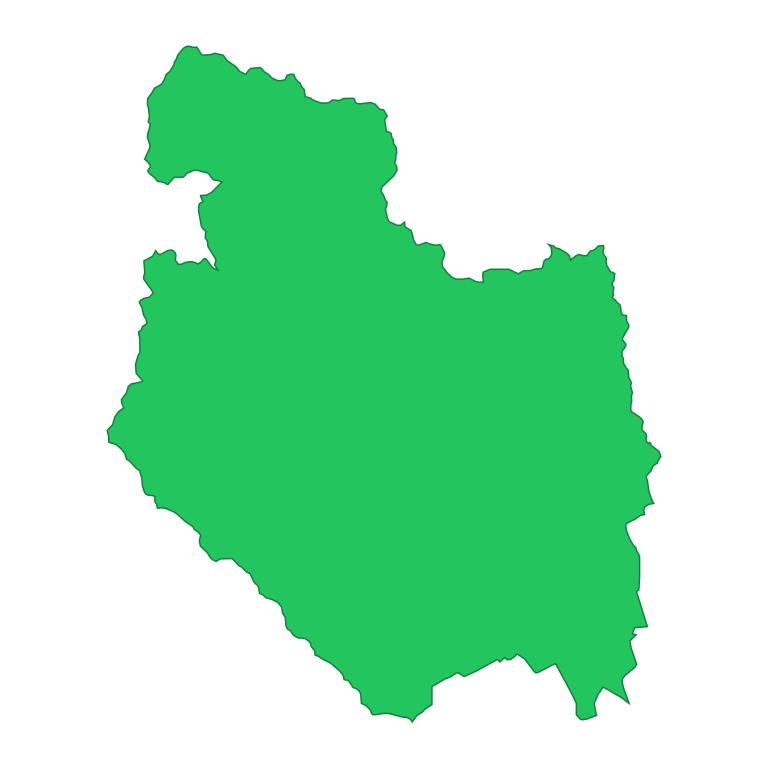 Luc Yen, Yên Bái, Vietnam (orthographic projection)
{"feature_id": "81297802B97878568873252", "entity_name": "Luc Yen", "entity_type": "district", "adm_level": 2, "iso_a3": "VNM", "parent_name": "Vietnam", "parent_adm1": "Yên Bái", "projection": "orthographic", "projection_center": [104.703, 22.111], "detail": "fine", "context": "isolated", "style": "filled", "palette": "green", "viewbox_px": 768, "rotation_deg": 0, "n_neighbors": 0, "source": "geoboundaries", "source_scale": "gbopen_adm2", "svg_char_len": 6080}
<svg xmlns="http://www.w3.org/2000/svg" viewBox="0 0 768 768"><path d="M387.1,202.4L384.8,199.0L384.0,196.3L381.0,191.0L381.3,188.7L382.3,186.7L393.7,175.9L397.0,170.3L396.5,166.0L394.6,163.1L395.7,159.6L396.0,154.5L396.8,152.6L396.1,147.1L393.8,144.1L393.0,139.0L391.9,137.7L391.0,133.2L388.9,132.1L386.5,131.6L384.7,120.4L385.1,118.6L387.2,116.2L384.1,110.5L382.6,109.6L379.7,109.4L375.3,104.3L371.8,102.9L369.9,102.5L360.0,103.9L356.9,103.3L355.9,102.9L354.8,101.1L354.5,99.0L353.1,98.3L343.5,98.5L339.5,100.5L332.4,100.0L329.0,102.6L326.0,103.1L320.7,102.9L313.1,100.1L310.0,97.9L305.2,96.7L304.2,89.6L301.7,86.7L300.0,83.1L297.2,80.8L295.4,78.4L293.7,74.3L290.2,74.3L287.0,75.3L285.3,79.8L280.2,80.7L277.0,80.4L271.8,77.9L268.4,74.3L264.6,72.0L261.6,68.5L259.8,67.6L251.0,68.3L248.6,70.2L245.9,74.3L245.2,74.2L239.5,71.3L236.7,67.4L226.8,60.3L223.5,55.5L222.4,55.0L214.4,53.3L210.3,54.7L202.6,55.1L201.3,54.3L196.8,47.1L192.9,47.3L188.4,46.1L185.0,47.2L183.5,48.2L177.8,55.1L176.2,59.3L174.4,62.1L174.1,64.2L172.8,66.7L169.9,71.3L166.1,74.6L164.6,79.1L161.9,83.6L160.4,85.0L154.5,88.2L152.0,92.7L147.7,98.5L147.4,104.2L148.6,108.7L149.4,116.9L148.2,121.8L150.0,124.0L150.2,125.3L147.6,134.5L147.4,137.3L149.8,144.7L149.9,147.7L144.6,159.2L147.4,161.5L150.3,165.2L150.0,167.4L147.8,170.7L149.2,173.4L154.4,177.4L157.7,181.5L160.9,181.7L165.3,183.1L167.0,184.4L168.0,184.4L174.1,177.4L182.3,177.3L184.0,176.5L187.1,173.2L194.4,170.1L196.6,170.1L208.3,173.3L212.8,179.4L214.1,180.1L218.1,180.5L221.9,182.0L211.5,192.5L206.5,195.1L200.6,195.5L200.7,196.7L203.0,201.4L199.5,203.6L198.7,206.7L198.5,210.5L201.2,225.4L202.0,227.6L205.8,231.3L205.2,237.8L207.5,241.3L208.0,246.6L215.7,259.2L215.9,260.9L214.5,264.9L217.9,270.1L214.4,268.7L212.1,267.1L206.4,259.3L204.8,258.5L202.9,259.7L200.8,262.3L198.0,263.9L193.5,262.0L190.6,261.6L185.4,262.4L181.3,264.3L178.2,264.3L175.4,260.2L175.9,255.0L175.2,252.8L172.7,250.4L171.2,250.0L167.4,250.7L160.1,254.7L157.6,253.4L155.7,250.6L152.7,256.2L143.9,260.9L144.8,273.1L143.7,276.6L143.9,279.4L153.4,292.7L149.5,297.1L143.6,298.5L140.7,300.3L139.2,302.1L142.0,307.6L143.6,315.2L146.1,319.2L146.8,322.7L146.3,324.0L142.7,326.3L141.2,330.1L138.7,331.7L138.9,335.1L139.8,337.9L139.9,352.4L138.1,355.5L135.5,364.4L136.2,373.3L142.7,380.9L141.9,381.8L131.3,383.9L128.3,386.6L126.6,392.5L121.4,399.6L121.8,403.2L123.7,408.1L118.7,411.5L115.8,415.5L114.7,417.5L112.7,424.5L107.2,430.4L108.7,436.7L108.7,442.1L116.3,444.7L121.1,448.8L124.9,453.5L126.5,459.1L129.9,461.3L135.8,467.9L140.0,471.0L140.7,475.1L141.8,477.2L142.4,485.8L144.4,491.9L145.6,494.0L147.4,495.0L152.9,495.7L154.8,496.5L154.9,501.7L156.5,504.2L157.5,508.2L161.3,507.8L165.1,508.2L173.9,511.9L178.1,514.9L185.3,521.5L193.0,526.8L194.2,529.3L198.8,532.7L200.7,535.3L199.3,540.5L200.4,546.1L207.2,552.5L210.4,557.8L212.5,559.7L216.2,561.4L219.3,559.4L221.4,558.8L232.3,558.6L238.8,565.6L241.6,567.1L246.4,572.0L250.0,573.7L254.2,582.4L258.3,586.3L259.6,593.3L263.5,595.3L265.9,597.7L272.1,599.5L277.8,602.4L281.7,607.3L282.6,613.1L285.2,617.3L286.1,626.3L287.5,629.0L290.6,630.9L293.1,634.8L294.7,636.1L298.0,637.9L304.5,638.3L308.8,641.1L310.2,642.8L311.3,646.6L314.7,650.9L315.1,655.1L318.7,656.4L322.1,658.9L330.8,663.3L340.1,671.3L343.4,675.9L344.1,679.7L347.9,680.4L349.6,682.1L353.0,687.5L356.9,688.9L359.9,692.0L360.8,695.1L361.4,703.4L365.7,705.4L369.3,708.8L370.6,710.4L371.6,713.5L372.6,714.5L374.9,714.8L384.1,713.4L389.0,713.5L403.0,717.2L406.7,717.3L410.5,719.4L412.3,721.9L417.0,715.4L422.6,711.9L425.3,708.8L431.9,704.6L432.0,686.6L445.0,679.0L451.1,676.6L456.8,672.7L459.3,673.3L463.0,676.0L464.7,676.4L476.8,670.8L496.9,659.7L497.8,659.9L499.9,662.0L504.6,657.6L507.3,659.8L510.5,659.4L514.0,657.1L517.1,654.0L524.5,658.8L534.3,671.7L536.1,672.9L538.4,672.3L554.1,664.1L555.8,664.1L571.6,693.3L576.4,703.5L576.3,714.6L579.9,718.8L582.2,719.8L587.3,718.9L596.5,715.4L594.2,704.0L594.4,702.7L598.4,693.8L603.2,687.1L621.0,697.3L629.0,703.3L623.3,687.3L622.2,682.1L622.4,679.1L624.9,675.5L634.7,667.5L636.7,664.4L631.1,648.0L629.9,640.9L636.1,634.8L632.7,634.1L632.5,633.6L634.7,627.7L647.4,626.6L636.6,592.1L636.9,591.1L638.5,590.4L638.9,588.8L639.6,577.2L639.6,557.4L639.0,554.9L636.5,550.8L635.8,547.5L633.3,545.2L629.7,539.0L626.2,529.8L625.7,525.2L627.0,523.1L635.0,519.2L640.1,515.5L644.6,514.5L643.7,510.3L645.0,506.6L648.6,504.5L653.7,503.4L652.1,500.5L649.0,492.0L647.5,481.2L646.2,477.1L647.1,475.0L650.8,471.2L653.3,465.6L657.3,463.2L657.5,462.0L660.8,456.4L659.1,451.5L651.2,445.4L650.2,442.7L649.3,442.4L648.4,443.6L646.6,441.7L646.0,439.9L646.6,436.4L645.8,433.5L642.0,429.9L642.0,426.3L643.1,422.3L642.6,420.2L639.7,417.1L631.7,411.8L630.8,410.2L630.8,404.8L631.7,401.2L631.4,396.0L632.5,392.6L630.6,386.4L631.3,382.5L628.7,377.2L628.3,371.1L627.8,369.4L626.0,367.8L623.7,363.5L623.2,358.1L622.1,356.2L622.0,351.5L625.3,346.8L625.9,344.7L625.5,343.5L622.8,340.4L622.4,338.2L628.7,327.2L628.8,325.4L626.6,321.0L626.4,315.6L622.4,314.9L621.1,311.6L620.3,305.5L619.0,303.9L616.3,301.9L615.7,300.3L612.3,297.6L613.6,294.9L612.9,292.2L613.9,288.0L612.2,285.1L612.1,283.8L612.3,282.8L614.1,280.3L614.7,273.5L610.1,271.4L606.7,265.2L606.2,263.8L606.4,258.2L603.6,254.4L602.8,251.1L603.9,248.3L603.4,245.6L598.4,246.0L593.9,250.2L590.2,251.1L586.8,255.7L583.1,255.7L579.0,254.4L576.4,255.5L571.4,259.1L570.8,260.2L570.3,259.9L569.5,255.9L566.6,253.1L559.3,248.8L555.8,248.0L553.7,246.1L548.6,244.6L551.4,247.6L551.7,254.0L551.3,255.5L548.9,258.7L546.0,259.2L544.0,261.0L542.7,266.9L541.2,268.8L536.1,268.9L530.3,270.5L523.6,270.8L518.2,273.8L508.9,269.3L489.9,269.3L483.2,272.2L482.6,275.5L483.5,281.9L479.5,282.3L476.1,281.7L468.7,278.1L462.5,279.2L456.3,279.1L452.3,277.5L447.1,272.7L442.7,267.0L442.1,264.1L442.2,261.1L444.4,255.5L444.6,252.8L440.8,245.1L439.2,244.5L437.7,245.2L434.2,245.0L429.2,243.8L426.1,242.4L418.7,245.3L416.3,244.7L413.8,240.5L411.3,230.8L405.0,226.8L404.6,222.2L400.6,225.3L396.8,225.2L389.4,221.8L388.6,220.8L387.5,218.5L385.6,210.2L385.6,208.2L386.6,206.4L387.1,202.4Z" fill="#22c55e" stroke="#15803d" stroke-width="1.5"/></svg>